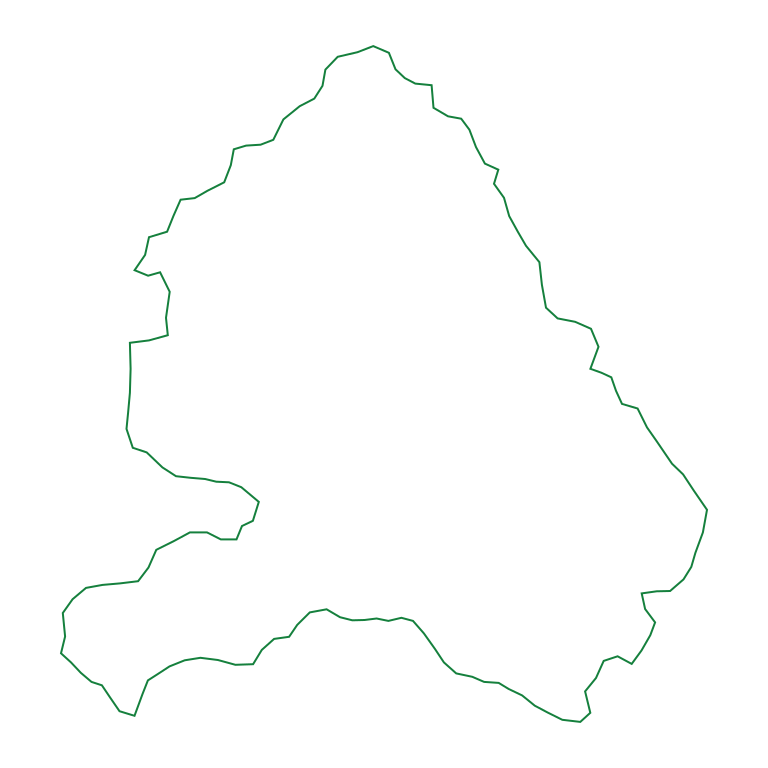 Doresópolis, Minas Gerais, Brazil
{"feature_id": "56859067B32134422354476", "entity_name": "Doresópolis", "entity_type": "district", "adm_level": 2, "iso_a3": "BRA", "parent_name": "Brazil", "parent_adm1": "Minas Gerais", "projection": "equal_earth", "projection_center": [-45.895, -20.285], "detail": "fine", "context": "isolated", "style": "outline", "palette": "green", "viewbox_px": 768, "rotation_deg": 0, "n_neighbors": 0, "source": "geoboundaries", "source_scale": "gbopen_adm2", "svg_char_len": 1979}
<svg xmlns="http://www.w3.org/2000/svg" viewBox="0 0 768 768"><path d="M61.0,653.3L71.0,662.4L80.8,672.8L91.5,681.9L101.9,685.3L110.1,697.5L119.5,711.2L134.5,715.8L142.6,693.8L147.9,680.4L157.4,674.3L169.5,666.4L184.7,660.3L200.4,657.8L217.9,660.0L235.4,664.8L253.1,664.2L261.8,649.9L274.1,638.9L289.1,636.8L297.2,624.9L309.8,612.4L326.6,609.3L340.0,617.2L352.3,620.3L364.5,620.0L376.6,618.5L388.4,620.9L401.4,617.8L413.0,620.9L423.9,633.4L435.0,649.0L443.9,662.4L456.2,673.4L472.3,676.8L484.1,681.9L498.7,682.9L508.7,689.0L522.1,695.4L534.8,705.7L547.6,712.5L562.3,719.8L580.3,721.9L590.3,712.8L585.1,691.4L596.0,678.0L603.7,660.9L617.6,656.3L631.7,663.9L641.5,650.5L650.3,635.2L655.1,622.4L645.1,609.0L641.7,593.4L656.7,591.3L670.1,591.0L683.5,579.4L691.3,566.9L695.4,552.8L702.9,532.4L707.0,509.8L694.0,490.9L683.1,474.4L672.0,463.7L657.0,441.7L647.0,427.4L637.6,408.5L622.0,403.9L616.0,390.8L611.3,377.3L601.3,372.7L590.4,368.8L598.5,346.8L591.0,328.8L575.1,321.8L557.6,318.4L546.0,307.7L541.9,284.8L539.4,262.2L526.0,245.8L517.8,231.7L509.2,216.1L504.0,197.8L494.0,183.8L498.3,169.7L484.9,163.6L476.0,147.1L469.4,129.7L461.2,118.7L448.0,116.3L433.5,107.8L431.6,85.2L415.3,83.6L404.8,78.1L395.5,69.3L388.9,52.8L373.2,46.1L357.5,52.2L337.7,56.8L325.4,69.6L322.5,85.8L314.3,98.6L299.7,106.2L283.4,119.4L273.3,139.8L260.6,144.7L246.1,145.6L233.8,149.3L230.8,165.2L224.2,182.3L207.4,190.8L194.7,198.1L180.6,199.7L173.5,215.8L167.1,231.7L149.0,237.2L145.1,254.9L134.6,270.2L148.1,275.7L160.1,272.3L169.7,291.8L166.0,317.8L167.8,335.2L149.0,340.4L129.9,342.8L130.6,368.8L129.9,392.9L128.1,412.7L126.5,428.9L132.8,447.8L146.7,452.4L162.4,467.4L176.0,476.2L190.6,477.8L205.1,479.0L216.3,481.7L229.0,482.3L241.3,487.2L258.8,501.9L252.9,520.8L242.0,526.0L236.5,539.4L220.8,539.4L207.0,532.4L189.9,532.4L174.2,540.9L156.3,549.8L148.5,567.5L138.1,581.2L119.9,583.4L102.6,584.9L86.0,587.9L72.6,599.2L62.8,613.0L65.1,636.5L61.0,653.3Z" fill="none" stroke="#15803d" stroke-width="2"/></svg>